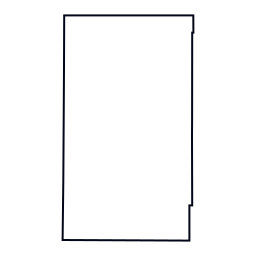 Lyon, Kansas, United States of America (Natural Earth projection)
{"feature_id": "52423323B39562727260187", "entity_name": "Lyon", "entity_type": "district", "adm_level": 2, "iso_a3": "USA", "parent_name": "United States of America", "parent_adm1": "Kansas", "projection": "natural_earth1", "projection_center": [-96.128, 38.455], "detail": "fine", "context": "isolated", "style": "outline", "palette": "ink", "viewbox_px": 256, "rotation_deg": 0, "n_neighbors": 0, "source": "geoboundaries", "source_scale": "gbopen_adm2", "svg_char_len": 295}
<svg xmlns="http://www.w3.org/2000/svg" viewBox="0 0 256 256"><path d="M63.8,101.6L63.3,182.2L62.6,240.0L189.4,240.6L189.4,205.4L192.2,205.4L192.0,136.3L192.1,119.0L192.2,32.7L193.4,32.7L193.3,15.4L116.9,15.4L64.2,15.4L64.0,67.0L63.8,101.6Z" fill="none" stroke="#020617" stroke-width="2"/></svg>